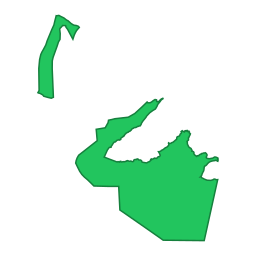 outline of Vaa o Fonoti, Samoa
{"feature_id": "51752279B29729282307798", "entity_name": "Vaa o Fonoti", "entity_type": "district", "adm_level": 2, "iso_a3": "WSM", "parent_name": "Samoa", "parent_adm1": "", "projection": "robinson", "projection_center": [-171.548, -13.927], "detail": "fine", "context": "isolated", "style": "filled", "palette": "green", "viewbox_px": 256, "rotation_deg": 0, "n_neighbors": 0, "source": "geoboundaries", "source_scale": "gbopen_adm2", "svg_char_len": 4344}
<svg xmlns="http://www.w3.org/2000/svg" viewBox="0 0 256 256"><path d="M108.9,186.4L118.7,186.4L119.9,210.0L138.8,223.1L153.7,233.5L163.2,240.2L204.2,240.6L217.7,179.6L216.8,179.7L215.7,179.6L215.0,179.1L214.2,179.1L213.5,179.3L213.2,179.7L210.8,180.4L207.0,180.2L206.1,179.8L204.3,179.1L202.7,178.2L202.1,178.0L201.4,177.3L201.1,176.7L200.5,176.8L201.6,175.6L202.1,174.0L202.9,172.2L203.6,171.0L203.9,169.9L204.2,167.3L204.4,166.6L204.8,166.0L205.4,165.9L206.5,165.0L207.7,163.5L208.7,162.6L209.6,161.9L211.2,161.3L212.7,160.9L215.0,160.6L215.5,160.3L216.8,160.5L217.2,161.1L217.8,161.3L218.1,160.2L217.7,159.6L218.0,159.2L217.7,158.8L218.0,158.2L216.9,157.5L215.8,157.1L214.6,157.0L212.4,158.3L211.4,158.3L209.6,158.7L208.2,158.6L206.8,158.2L206.4,157.8L206.2,157.1L207.0,155.5L207.0,154.7L206.3,153.5L205.2,152.7L204.5,153.0L203.5,153.0L202.8,153.4L201.9,153.4L201.3,154.1L200.6,154.1L199.8,154.6L198.8,155.4L198.7,155.7L197.6,155.7L197.0,155.9L196.7,156.4L194.5,154.8L193.8,153.5L194.0,152.8L193.7,152.0L193.1,151.5L191.9,151.2L192.1,150.8L192.0,150.3L191.6,149.6L191.1,148.6L190.6,148.1L189.8,147.8L188.7,146.8L187.8,144.9L187.4,144.1L187.3,142.3L187.0,141.4L188.5,140.0L188.5,138.9L188.4,137.9L188.9,137.4L189.2,136.5L190.1,134.7L190.4,133.8L189.7,133.3L189.3,132.9L189.5,132.2L188.9,131.2L188.1,131.7L187.6,131.4L187.8,131.1L187.1,130.4L186.1,131.1L186.0,130.7L185.3,130.7L184.7,131.0L184.3,131.9L182.6,131.1L182.2,130.7L181.1,131.6L181.5,132.1L181.2,133.3L180.2,134.1L179.6,135.8L178.6,136.3L177.2,136.8L176.8,137.7L176.6,139.3L175.5,140.1L173.0,142.3L172.3,142.4L171.4,142.9L170.9,143.4L169.3,143.3L168.6,142.9L168.5,143.7L168.9,144.2L168.8,144.9L168.4,145.6L166.9,147.1L165.5,147.7L164.6,148.3L163.5,149.3L162.2,150.1L161.4,150.3L160.6,151.3L158.9,151.7L158.5,151.7L159.3,153.1L160.2,155.1L160.2,155.5L159.5,156.6L158.3,156.7L157.2,157.7L156.7,158.4L156.2,158.4L155.5,158.2L154.8,158.4L154.5,158.1L153.9,158.4L152.8,159.1L152.3,159.1L151.6,159.6L152.0,160.2L151.7,160.0L151.3,159.0L150.8,159.3L150.3,160.7L149.7,161.5L148.0,162.1L147.1,162.7L146.4,162.9L143.5,162.4L142.3,162.2L141.9,161.9L141.6,160.8L140.6,160.0L138.9,160.0L138.1,159.1L137.1,158.9L136.7,159.5L135.0,159.5L134.1,159.8L133.7,160.5L133.6,161.1L133.2,161.5L132.3,161.7L130.8,161.0L130.0,161.3L128.9,161.2L127.7,160.6L126.7,161.1L126.6,160.9L124.9,161.7L123.2,161.7L121.4,162.0L120.8,161.8L120.7,161.3L120.0,161.4L119.4,162.1L118.0,161.6L117.1,162.0L109.6,159.2L104.2,157.1L107.4,150.0L109.1,147.6L109.4,147.4L110.9,147.3L110.8,147.0L112.4,144.7L113.1,143.4L114.2,142.1L115.4,141.9L117.1,140.2L118.4,140.0L118.8,139.7L119.5,140.1L120.7,139.5L120.5,139.1L120.6,138.6L121.4,137.8L121.9,137.5L123.5,136.1L123.6,136.3L124.3,135.7L124.6,134.9L125.3,134.0L125.8,133.7L126.3,133.0L128.4,132.1L128.5,131.8L129.4,131.3L129.8,131.3L131.2,130.1L131.7,129.3L132.3,128.7L133.3,128.3L133.9,127.8L134.6,127.6L135.8,127.5L138.0,126.3L138.3,126.4L139.5,125.9L140.3,125.8L141.3,124.0L141.5,123.2L142.8,121.2L144.0,119.7L145.1,118.4L146.1,117.1L146.6,116.1L148.3,114.3L149.7,112.8L153.0,110.4L155.4,109.0L156.2,107.7L157.2,105.9L157.7,104.5L158.9,103.0L159.6,102.3L159.9,101.7L160.3,101.3L161.1,100.1L162.1,99.3L163.0,98.7L162.8,98.3L161.3,99.0L160.0,100.1L159.6,100.7L158.8,101.4L157.7,101.8L156.7,101.5L156.8,101.1L156.5,99.8L155.6,99.8L155.1,99.5L154.3,100.0L153.4,100.5L151.8,101.8L150.6,102.5L149.9,102.8L147.8,102.8L147.1,102.0L141.8,107.1L134.8,113.5L128.3,117.2L116.9,118.5L115.0,118.7L111.9,119.5L108.5,120.2L108.1,122.6L105.2,127.8L96.2,129.3L97.2,140.7L83.2,151.7L78.7,155.2L77.2,157.8L76.2,160.5L75.7,163.1L77.5,166.9L79.7,171.3L81.9,174.5L84.4,177.1L87.5,179.7L90.8,182.9L93.9,186.0L108.9,186.4ZM72.9,39.2L74.2,35.2L75.1,33.2L76.4,30.8L77.7,29.2L79.3,27.4L78.4,26.3L76.3,25.5L74.8,25.3L73.7,25.1L71.1,23.5L68.1,20.8L66.5,20.0L64.0,18.0L62.6,17.3L60.9,16.5L58.9,15.4L56.5,15.8L56.2,15.7L55.4,18.8L54.7,21.5L53.9,25.0L51.8,29.6L49.4,35.4L47.2,40.7L45.8,45.0L43.5,49.3L41.9,52.1L40.8,54.5L39.6,59.6L38.8,68.5L39.1,90.5L38.7,91.2L37.9,92.7L39.0,93.2L39.7,93.3L40.8,93.8L42.4,94.7L43.0,95.2L43.7,96.2L47.8,97.4L51.3,98.2L53.4,97.3L52.2,68.6L52.3,60.8L53.1,57.3L55.0,52.0L57.1,46.2L58.5,41.9L60.0,39.4L60.1,36.4L60.2,33.7L59.7,29.1L60.2,28.1L60.9,27.5L62.8,25.4L63.4,25.6L65.6,25.6L66.0,27.2L67.6,29.3L71.1,35.9L72.9,39.2Z" fill="#22c55e" stroke="#15803d" stroke-width="1.5"/></svg>